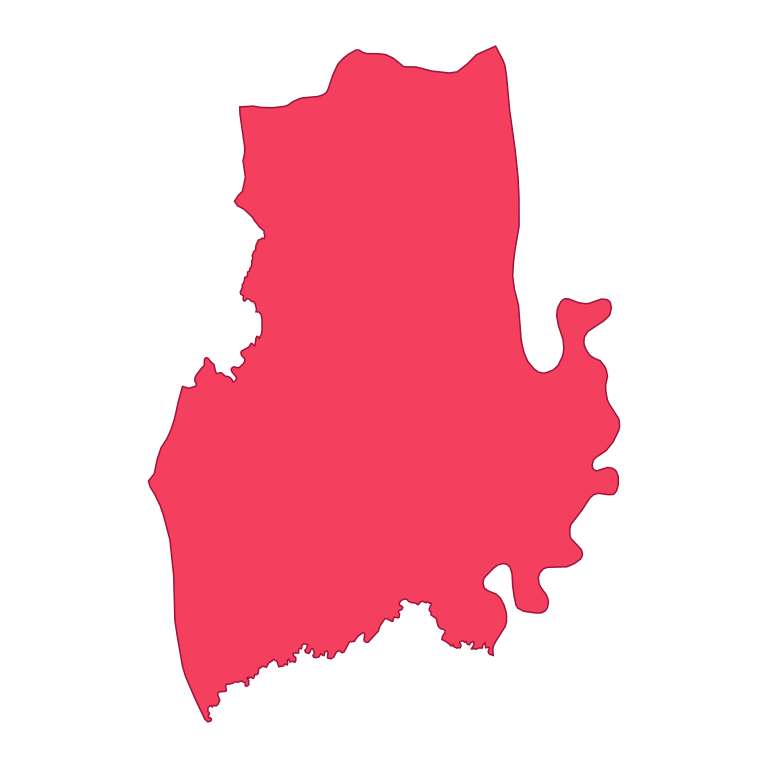 the district of Thung Khao Luang, Roi Et, Thailand
{"feature_id": "78962969B71401871010357", "entity_name": "Thung Khao Luang", "entity_type": "district", "adm_level": 2, "iso_a3": "THA", "parent_name": "Thailand", "parent_adm1": "Roi Et", "projection": "equal_earth", "projection_center": [103.86, 15.995], "detail": "fine", "context": "isolated", "style": "filled", "palette": "rose", "viewbox_px": 768, "rotation_deg": 0, "n_neighbors": 0, "source": "geoboundaries", "source_scale": "gbopen_adm2", "svg_char_len": 6103}
<svg xmlns="http://www.w3.org/2000/svg" viewBox="0 0 768 768"><path d="M493.3,655.5L492.8,650.0L493.3,646.2L496.1,640.8L505.2,626.5L506.5,621.6L506.6,616.1L506.1,612.2L504.1,605.2L500.4,598.1L496.3,594.2L488.0,590.8L484.3,588.1L483.0,583.1L483.5,579.7L484.5,577.5L493.7,568.0L498.0,564.9L502.8,563.6L506.7,564.2L509.7,566.7L511.4,571.4L512.1,574.6L512.7,586.0L514.2,596.7L516.0,605.1L517.9,608.2L524.0,611.3L536.1,613.0L541.7,612.8L545.4,610.8L547.5,607.6L548.5,601.8L547.5,597.6L546.0,594.5L540.7,587.1L539.1,583.8L538.3,577.3L540.1,572.5L543.4,568.8L547.6,567.3L566.8,566.8L574.2,563.7L580.5,559.1L582.0,556.4L582.4,554.5L582.4,552.9L581.2,549.4L571.4,539.0L570.1,536.8L569.7,529.8L570.8,524.7L582.0,510.1L589.8,498.1L593.6,494.7L598.4,493.3L608.5,494.7L612.4,494.5L614.3,493.8L616.6,490.7L618.4,484.2L618.3,476.6L616.4,471.6L614.5,469.5L612.1,468.2L607.8,467.4L596.5,470.9L593.9,469.7L592.8,468.3L592.1,465.0L593.4,460.3L595.3,457.9L606.2,450.5L613.1,441.9L618.7,430.6L619.6,426.2L619.2,420.6L618.4,418.2L608.9,403.4L607.4,399.8L605.8,391.2L605.6,385.3L607.5,376.3L606.4,370.5L605.0,367.0L600.2,360.7L594.5,358.4L591.0,356.2L588.9,354.0L585.9,349.4L584.3,345.1L583.9,342.4L584.2,338.1L585.0,335.9L587.9,331.4L604.1,320.6L608.8,316.1L610.0,314.1L611.3,308.1L610.6,303.6L609.7,301.5L607.1,299.6L601.7,299.0L588.5,303.5L585.0,303.7L578.3,302.6L568.5,298.9L565.0,298.7L562.5,300.0L560.9,301.7L558.0,307.2L557.2,310.1L556.7,315.9L558.4,325.4L563.0,339.4L563.8,347.6L563.4,352.1L562.5,356.4L558.2,365.3L553.2,370.0L545.9,372.8L542.5,373.1L538.1,371.9L534.0,368.9L527.7,361.3L524.2,353.1L522.1,345.0L521.0,338.2L518.5,305.3L514.5,289.6L512.7,276.2L513.4,263.3L514.8,251.0L519.1,226.1L519.0,196.9L518.1,178.1L515.1,149.5L509.7,110.5L506.4,75.0L504.9,65.5L502.6,59.5L495.6,46.1L476.5,54.6L467.7,63.6L457.3,71.8L449.3,73.0L431.4,71.0L416.2,67.0L403.9,66.8L393.4,58.3L385.7,54.6L378.4,53.7L366.8,53.6L362.9,52.5L359.0,50.0L356.0,50.0L348.5,54.2L343.8,57.9L338.9,62.9L337.2,65.5L332.8,75.2L328.0,89.4L326.5,92.3L323.5,94.6L317.8,96.5L302.5,97.9L298.9,98.9L292.8,101.7L288.4,104.9L284.6,106.4L272.0,107.8L260.7,107.4L253.1,106.1L239.7,106.9L240.0,114.3L244.8,147.9L244.6,153.3L243.0,160.7L245.4,177.2L242.4,191.3L238.5,195.2L234.5,201.3L237.4,205.7L244.1,209.3L252.5,217.2L254.1,220.1L259.8,227.3L264.1,231.0L264.1,233.7L265.0,235.3L264.2,238.7L262.0,238.1L260.3,239.6L258.5,239.9L256.0,245.2L255.5,250.2L253.8,251.6L252.2,255.8L252.7,257.6L252.6,259.3L251.8,260.6L251.6,266.2L249.8,268.7L249.5,271.0L247.6,272.0L247.3,276.5L244.7,277.5L244.5,280.3L243.4,283.2L242.2,284.7L242.3,287.5L240.2,292.3L241.0,294.5L243.4,295.6L243.2,299.5L243.6,300.7L245.0,301.0L247.1,298.5L249.1,299.2L251.6,301.5L253.6,301.5L255.3,304.3L256.5,309.3L255.9,311.8L258.8,312.0L261.0,314.2L262.0,319.2L262.0,330.1L261.5,333.9L259.3,338.3L258.0,336.5L256.8,336.4L255.9,338.5L254.9,345.6L254.0,345.8L252.0,343.4L250.9,343.5L248.9,347.0L241.4,351.1L240.9,352.9L241.4,355.2L244.9,359.1L244.6,361.6L242.8,364.3L239.4,367.4L237.7,367.7L233.5,366.8L231.5,368.3L231.2,370.2L231.8,371.6L236.5,377.5L236.2,379.7L234.8,381.1L232.8,381.9L231.9,379.5L230.5,377.9L228.2,376.5L225.2,376.2L221.7,373.0L220.4,372.7L217.3,373.5L216.3,373.0L215.4,371.1L214.1,364.7L210.4,361.3L208.0,358.2L206.4,357.7L205.3,358.1L204.4,359.7L204.2,365.6L201.7,367.9L196.3,375.1L195.0,377.7L194.7,380.7L196.5,383.9L195.8,386.1L188.9,388.3L182.5,386.4L178.2,402.1L174.8,417.8L171.2,429.2L167.2,438.1L161.1,447.7L157.2,459.4L154.2,473.8L148.4,481.0L150.2,487.0L154.5,493.9L160.4,506.1L163.8,516.5L169.9,539.7L173.7,575.7L174.9,620.8L177.1,635.0L182.5,666.3L185.5,676.3L195.2,699.0L204.9,719.3L207.9,721.9L210.5,721.1L211.3,720.2L211.4,718.8L210.1,717.6L208.6,717.4L208.1,716.4L209.6,713.5L207.9,711.2L208.0,707.7L209.8,705.9L211.1,705.7L212.1,707.0L213.7,705.4L216.0,706.0L218.1,704.2L219.8,700.3L217.8,695.1L217.8,693.2L219.4,691.8L224.7,691.5L226.4,690.8L225.7,685.9L226.4,684.2L229.9,684.0L233.3,683.0L234.3,681.9L238.3,682.1L241.3,680.8L242.4,681.8L245.0,682.3L245.3,685.8L246.5,686.3L248.7,684.9L248.8,680.6L247.1,678.8L247.7,677.2L248.1,677.1L248.8,678.3L251.0,677.0L252.5,678.4L253.7,678.3L254.9,674.5L256.8,674.7L258.2,673.4L258.9,668.1L260.7,667.8L262.4,666.2L266.4,667.2L269.0,662.6L271.7,661.3L273.7,659.3L277.2,661.7L278.8,666.8L283.7,665.8L285.1,664.0L287.3,664.9L287.7,663.6L287.2,660.7L288.6,659.2L289.2,659.4L289.6,661.9L292.3,661.5L295.0,662.2L295.8,660.6L295.8,657.6L293.4,655.5L293.1,653.6L294.3,653.0L298.6,653.1L298.8,648.9L299.5,648.4L301.2,648.8L301.8,647.7L301.7,645.3L304.1,643.8L307.7,644.8L306.1,649.2L304.8,650.2L305.6,652.5L308.8,653.5L310.0,652.1L311.3,648.7L312.7,648.6L314.3,652.5L314.3,653.4L312.9,655.4L313.5,657.2L315.9,657.7L318.9,656.9L320.9,653.7L323.0,655.5L324.1,655.5L325.0,651.8L326.4,650.9L327.2,651.3L328.1,652.9L327.4,656.4L327.7,658.1L330.9,658.8L333.8,657.1L336.3,652.3L337.8,651.1L339.6,650.8L342.0,652.8L343.9,652.2L349.5,641.8L354.4,641.4L357.5,636.6L362.7,632.8L363.9,632.9L364.7,634.5L363.9,639.7L364.3,641.2L366.2,642.3L368.2,642.2L378.4,631.1L379.8,626.2L384.9,618.7L386.4,618.6L392.2,621.5L393.0,620.9L393.7,617.8L394.5,617.1L398.1,617.9L399.0,617.5L399.6,614.2L398.5,611.9L398.5,611.0L401.7,609.6L402.9,607.6L401.7,606.0L399.5,605.1L399.4,602.8L401.7,600.1L404.5,599.1L406.7,599.2L408.7,601.5L411.7,602.7L415.5,603.0L417.5,604.6L418.7,604.4L420.3,602.0L422.7,601.3L425.7,602.8L427.8,601.8L429.4,603.2L431.4,603.3L431.4,604.6L430.3,605.9L429.2,609.3L429.2,610.1L431.1,612.6L431.0,614.9L436.3,618.6L437.8,625.2L439.2,627.4L441.0,628.9L443.9,629.4L445.2,630.9L445.0,632.5L442.3,636.6L441.9,639.5L447.5,642.4L448.3,643.7L449.2,643.6L450.3,645.5L451.7,646.0L453.0,644.6L453.6,646.6L457.1,648.2L458.5,647.4L459.9,648.0L461.1,646.1L460.5,643.9L459.5,643.1L460.0,641.7L462.7,640.8L464.6,642.2L465.8,641.5L467.5,644.3L469.5,644.8L470.9,642.4L473.4,641.5L473.9,643.0L473.7,645.1L471.4,648.9L472.5,649.1L473.9,648.4L475.6,649.3L479.1,648.0L482.2,648.1L482.7,647.3L482.5,645.1L484.9,643.0L485.7,647.8L489.1,647.3L489.3,648.6L488.2,651.3L488.6,653.0L489.8,654.3L493.3,655.5Z" fill="#f43f5e" stroke="#9f1239" stroke-width="1.5"/></svg>